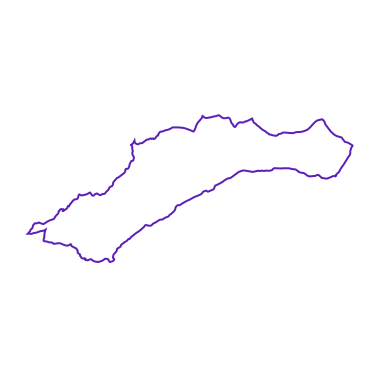 Páramo, Santander, Colombia (Robinson projection), rotated 52°
{"feature_id": "7082276B4805358914632", "entity_name": "Páramo", "entity_type": "district", "adm_level": 2, "iso_a3": "COL", "parent_name": "Colombia", "parent_adm1": "Santander", "projection": "robinson", "projection_center": [-73.178, 6.414], "detail": "fine", "context": "isolated", "style": "outline", "palette": "violet", "viewbox_px": 384, "rotation_deg": 52, "n_neighbors": 0, "source": "geoboundaries", "source_scale": "gbopen_adm2", "svg_char_len": 6065}
<svg xmlns="http://www.w3.org/2000/svg" viewBox="0 0 384 384"><g transform="rotate(52 192 192)"><path d="M196.7,299.7L197.6,297.3L197.6,295.2L197.1,294.7L196.2,294.6L195.8,294.7L195.1,294.7L193.6,293.2L192.8,291.7L192.6,289.8L192.1,287.8L190.7,286.1L190.7,284.7L191.0,283.2L190.9,282.0L190.8,281.5L190.0,280.4L190.0,279.9L190.1,277.5L190.0,276.1L190.4,273.6L190.2,272.4L189.9,271.2L190.0,270.8L190.5,270.3L190.6,270.0L190.0,268.1L190.0,264.9L189.9,261.7L190.1,260.1L190.3,256.3L190.0,251.8L189.4,249.3L189.9,248.3L191.3,247.4L192.8,245.8L193.1,245.3L193.3,244.5L193.0,242.2L193.1,241.3L193.4,240.6L194.0,234.8L194.2,234.2L195.6,231.9L195.6,230.1L195.9,228.3L196.7,226.2L196.7,225.6L196.3,223.8L196.3,223.1L196.4,222.6L196.2,218.7L195.5,216.2L194.8,215.3L194.3,214.7L193.8,213.8L193.6,213.2L193.6,211.8L193.8,211.0L194.2,210.7L194.7,209.9L194.9,209.2L195.0,208.1L195.0,207.2L195.4,204.0L196.0,200.7L196.5,199.0L197.3,193.7L198.9,188.2L199.3,186.4L199.1,184.4L198.7,183.2L198.8,182.3L199.4,180.4L199.8,180.0L201.6,179.2L203.1,173.7L203.1,173.1L202.9,172.6L201.3,169.9L202.3,165.3L202.9,161.0L202.8,159.8L203.0,157.3L203.7,154.6L204.4,153.7L204.6,153.2L204.8,150.3L204.8,147.3L204.9,146.5L204.9,143.5L205.0,142.5L206.4,138.6L207.7,137.1L213.2,132.1L213.9,131.3L215.2,128.3L215.6,127.9L215.7,127.2L216.0,126.7L216.7,126.3L217.0,125.9L217.2,125.3L217.9,124.6L218.0,124.0L219.9,122.2L220.3,121.6L220.5,120.7L220.8,120.2L221.8,119.4L222.9,117.9L223.9,116.0L224.0,115.4L223.7,114.1L223.8,112.8L224.2,112.1L227.9,107.8L229.9,104.9L232.9,101.1L236.2,98.4L237.3,97.1L238.4,96.3L239.9,96.0L240.9,95.5L242.1,95.5L244.1,94.0L245.7,92.5L246.5,92.0L247.3,91.8L247.8,91.5L249.7,91.2L252.0,89.9L255.3,84.8L255.3,83.8L256.4,81.8L261.0,81.0L261.5,80.4L264.3,77.8L264.9,76.3L266.3,71.2L266.7,70.4L267.4,69.3L267.9,69.3L267.9,68.4L267.3,68.3L266.9,67.0L266.8,64.0L265.1,60.2L263.8,55.8L260.6,47.1L260.2,45.5L259.6,44.2L258.7,43.2L257.4,42.3L256.8,41.6L255.2,39.2L254.4,37.0L254.0,36.9L250.9,38.0L248.9,38.9L246.7,40.6L242.8,40.7L242.1,40.5L241.4,40.5L240.8,40.8L236.9,43.6L234.5,44.6L229.7,45.4L220.9,45.3L218.2,44.4L217.3,44.3L216.2,44.3L215.3,44.8L214.7,44.8L212.8,49.1L212.6,50.6L212.7,52.8L213.8,59.3L214.0,62.5L213.5,64.6L212.7,67.0L211.5,69.5L209.1,72.9L207.7,76.3L205.6,78.8L202.2,82.3L201.2,83.6L201.1,84.8L200.9,85.7L199.8,87.9L199.9,89.4L199.7,90.6L199.3,91.4L197.0,93.5L195.2,94.7L194.0,95.8L193.4,95.7L190.4,96.7L189.7,96.7L187.0,97.9L186.3,98.0L184.8,98.5L181.6,99.0L179.4,99.7L177.6,99.8L176.1,100.4L174.8,100.4L173.2,100.0L172.3,100.1L171.7,99.5L171.1,99.4L170.4,103.2L169.8,105.7L169.3,106.3L169.1,107.0L168.9,108.5L167.8,110.2L166.6,111.1L166.3,111.9L166.3,114.4L166.5,115.4L167.1,117.1L167.3,117.8L167.0,118.3L165.7,118.7L164.3,118.2L163.1,118.4L161.0,118.2L159.0,117.4L157.8,117.2L157.0,117.1L156.1,117.4L155.5,117.9L154.6,120.0L153.1,121.9L151.6,122.6L149.2,123.1L148.5,123.3L148.0,123.8L147.6,124.4L146.9,126.5L145.9,128.3L145.2,130.2L142.9,134.6L141.8,135.8L141.0,136.4L139.8,136.5L138.6,136.9L139.7,138.8L140.0,139.8L140.9,144.8L142.0,147.3L144.0,150.4L145.2,152.9L145.3,153.3L145.1,153.7L144.3,154.2L142.4,155.2L137.6,158.2L135.3,160.2L132.6,163.1L129.5,167.1L129.0,167.9L128.9,170.1L128.0,173.0L127.5,173.9L126.9,175.3L125.8,178.8L125.0,179.7L125.0,180.7L125.4,181.6L125.7,183.0L126.5,183.8L126.3,185.7L126.4,186.4L126.9,187.2L127.0,188.0L126.9,189.4L126.7,189.6L125.9,189.6L125.3,191.1L124.9,191.1L124.1,192.0L123.9,193.8L122.9,195.3L122.8,200.1L122.9,201.0L122.7,201.4L121.6,202.9L121.3,204.9L120.9,205.5L119.6,206.3L118.9,206.5L117.9,206.5L117.1,206.3L116.1,205.7L117.4,208.6L117.5,209.5L117.2,211.0L117.6,211.2L119.0,211.0L119.9,211.4L121.0,212.4L123.5,213.6L124.3,214.9L125.1,215.4L126.9,216.1L128.8,216.3L129.2,216.6L130.8,218.6L131.0,219.3L130.9,219.6L130.5,220.2L130.3,221.0L131.5,223.6L133.6,226.4L134.2,227.8L134.0,228.7L133.1,229.9L133.3,230.5L133.9,231.1L134.9,232.6L135.3,233.7L135.2,241.3L134.8,242.2L134.9,243.4L135.8,247.6L136.2,248.4L137.5,249.8L138.0,251.0L138.1,251.3L137.7,252.9L137.6,254.2L137.8,254.8L138.5,255.8L138.8,256.8L139.0,259.3L139.6,261.6L139.3,262.8L138.5,263.5L138.3,265.2L138.0,266.4L137.1,266.9L134.9,267.6L134.6,267.9L134.0,269.9L134.3,271.3L134.1,272.0L133.4,272.7L133.0,272.8L130.0,272.6L129.5,272.8L129.2,275.4L128.8,276.8L127.2,280.4L126.5,281.3L125.8,281.7L124.7,282.1L124.5,282.4L124.7,283.3L126.3,285.3L126.7,286.3L126.7,287.1L125.6,289.1L125.5,291.2L126.4,294.3L126.6,296.1L127.3,297.0L127.6,297.6L127.3,298.1L126.9,298.2L126.8,298.3L126.8,298.5L127.2,299.3L127.8,300.2L128.0,301.3L127.7,303.9L127.9,304.8L127.7,305.4L127.5,305.5L127.4,305.3L126.9,304.0L126.4,304.0L125.4,305.4L124.9,305.5L124.8,306.1L124.7,307.0L125.0,307.6L125.0,308.9L125.7,309.4L126.1,310.0L126.5,310.8L127.1,314.5L127.5,315.8L128.0,316.7L128.1,317.6L126.7,321.9L126.3,324.1L125.9,328.4L125.7,329.0L124.1,330.0L122.9,330.9L121.8,331.4L121.2,333.4L119.9,335.3L120.4,337.6L121.8,339.6L122.2,340.2L122.3,341.1L122.3,342.3L123.2,343.8L123.7,346.7L123.8,347.1L124.6,345.8L125.8,344.8L126.4,343.8L126.7,342.4L127.6,340.9L128.4,339.1L129.4,336.0L130.2,334.3L131.2,332.6L131.4,332.1L131.5,330.6L132.0,331.3L133.3,333.2L134.8,334.5L135.5,335.4L136.3,335.8L136.8,336.3L138.2,338.3L138.8,338.8L139.3,338.9L139.9,338.7L141.4,337.1L143.5,335.7L145.5,333.6L146.5,333.1L147.3,333.1L147.7,332.9L149.1,330.6L150.3,328.5L151.1,327.7L152.4,326.7L153.8,326.1L156.3,324.5L157.8,322.9L158.2,321.7L158.3,319.9L158.5,319.7L159.0,319.6L160.2,320.1L160.7,320.1L161.3,319.9L162.5,319.2L163.6,318.9L164.2,318.4L165.1,318.2L165.6,317.9L166.2,318.1L167.9,318.2L168.3,318.5L168.7,319.0L169.7,319.5L172.2,318.7L172.5,318.8L173.0,319.4L173.3,319.5L173.7,319.5L174.4,319.3L175.2,319.6L175.6,319.6L176.3,319.5L177.5,318.8L177.9,318.1L177.9,317.7L178.7,317.0L179.2,317.1L179.5,317.8L180.0,317.9L181.3,316.6L182.0,315.1L182.2,314.0L182.9,312.9L183.3,312.7L184.9,312.4L185.9,312.0L187.5,310.9L189.4,309.0L190.0,307.7L190.8,305.2L191.1,303.5L191.0,301.9L191.4,301.2L192.2,300.3L193.4,299.5L195.3,299.9L196.2,299.9L196.7,299.7Z" fill="none" stroke="#5b21b6" stroke-width="2"/></g></svg>